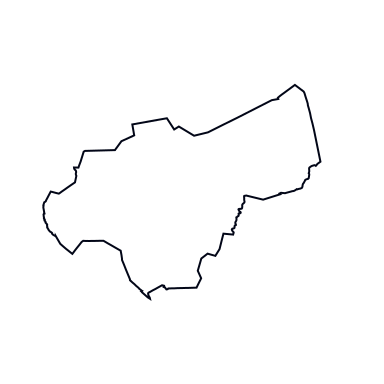 outline of Siltepec, Chiapas, Mexico, rotated 153°
{"feature_id": "50627088B9123326628132", "entity_name": "Siltepec", "entity_type": "district", "adm_level": 2, "iso_a3": "MEX", "parent_name": "Mexico", "parent_adm1": "Chiapas", "projection": "mercator", "projection_center": [-92.403, 15.558], "detail": "fine", "context": "isolated", "style": "outline", "palette": "ink", "viewbox_px": 384, "rotation_deg": 153, "n_neighbors": 0, "source": "geoboundaries", "source_scale": "gbopen_adm2", "svg_char_len": 4957}
<svg xmlns="http://www.w3.org/2000/svg" viewBox="0 0 384 384"><g transform="rotate(153 192 192)"><path d="M214.5,279.3L217.8,268.7L231.8,269.3L241.3,264.5L241.6,264.3L268.7,277.2L270.2,277.1L277.4,269.7L280.7,266.7L282.1,265.3L286.0,267.4L286.3,266.6L286.4,265.7L286.2,264.9L285.9,264.3L285.8,263.8L285.9,263.2L286.1,262.5L286.4,262.0L287.0,261.4L287.3,260.8L287.6,260.1L287.7,258.9L291.9,253.7L295.1,253.3L296.7,253.1L299.5,252.7L301.0,252.5L303.6,252.1L305.0,251.9L308.0,251.5L309.7,251.2L311.4,251.0L313.5,252.8L316.6,255.6L317.7,256.5L321.4,253.9L323.5,252.4L326.1,250.6L326.5,250.1L327.6,249.9L328.3,249.9L329.4,248.8L329.8,248.3L330.2,248.0L330.5,247.5L330.5,247.2L330.8,247.1L331.0,246.4L331.5,245.7L333.0,240.7L333.4,240.4L333.5,240.1L333.4,239.7L334.0,239.7L334.4,239.5L335.1,237.8L335.2,237.5L335.4,236.7L335.6,236.4L335.6,236.1L335.7,235.5L336.0,235.4L336.0,235.1L336.0,234.7L335.8,234.1L336.4,233.5L336.2,233.1L336.1,232.7L336.0,232.0L336.4,231.4L336.4,231.0L336.2,230.7L336.2,230.3L336.1,230.0L335.9,229.6L336.0,229.0L335.9,228.6L336.3,228.1L336.5,227.7L336.5,227.3L336.6,227.2L337.1,226.3L337.1,226.2L336.9,226.1L337.0,225.7L337.1,225.4L337.1,225.2L337.0,224.6L336.9,224.1L337.0,223.5L336.7,222.1L336.6,221.4L336.1,220.7L336.0,220.4L335.8,220.1L335.6,219.9L335.3,219.0L335.6,218.6L335.6,218.3L335.2,217.0L334.1,215.3L333.8,215.2L333.5,214.3L333.4,214.5L332.9,205.6L331.6,202.3L330.0,198.4L329.2,196.7L328.3,194.7L326.7,191.2L324.4,192.3L322.6,193.2L319.8,194.5L318.0,195.3L316.0,196.2L313.0,197.6L311.1,197.9L309.6,197.0L308.9,196.6L307.5,195.9L306.0,195.1L302.3,193.3L299.5,191.9L297.2,190.8L295.4,189.9L293.0,188.7L292.1,187.3L290.2,184.3L288.4,181.6L287.1,179.6L285.1,176.5L283.0,173.3L282.2,172.1L283.5,167.7L284.7,164.2L285.2,163.3L285.6,158.0L286.1,152.9L286.5,147.8L286.9,142.5L287.3,141.6L287.0,140.6L286.9,140.6L286.2,138.5L285.2,136.2L284.3,133.5L284.1,133.1L283.1,130.7L282.9,129.6L282.2,128.3L281.7,127.1L281.4,126.6L282.3,126.5L282.0,125.8L282.1,125.4L281.8,124.7L279.3,118.3L277.9,115.9L277.8,116.3L277.7,116.7L277.6,117.1L277.6,117.6L277.7,117.9L277.7,118.4L277.7,118.8L277.7,119.8L277.5,120.3L277.4,121.0L277.1,121.7L276.7,121.9L276.3,122.0L275.9,122.0L275.6,122.1L275.3,122.1L275.1,122.0L271.6,122.2L268.6,122.2L266.5,122.3L263.6,122.4L261.0,122.5L260.7,122.2L260.3,121.9L260.1,121.7L259.7,121.4L259.4,121.1L259.6,120.6L259.8,120.4L260.2,120.4L260.4,120.3L260.3,120.1L260.0,119.9L259.8,119.9L259.5,119.5L259.5,119.2L259.3,118.8L259.3,118.0L259.1,117.4L259.0,116.8L258.6,116.6L258.3,116.6L257.7,116.5L257.3,116.7L256.9,116.8L256.7,116.7L253.9,115.4L251.5,114.2L249.4,113.3L247.9,112.6L244.2,110.8L242.5,110.0L240.4,109.0L238.6,108.1L235.6,106.7L232.4,105.2L231.4,104.7L229.3,106.3L226.1,108.7L224.7,109.7L223.0,111.0L222.6,119.2L213.9,128.5L206.1,130.0L204.5,128.5L200.2,124.5L193.4,128.6L186.8,136.2L182.9,140.6L174.7,135.4L174.3,135.9L173.9,136.2L173.7,136.5L173.3,136.9L173.2,137.3L173.6,138.4L173.7,139.6L173.6,140.4L173.2,140.8L172.6,141.0L171.9,140.7L171.2,140.6L170.4,140.8L170.1,141.3L169.8,141.9L169.5,142.3L169.1,142.7L168.5,142.6L167.8,142.7L167.6,143.5L167.6,144.3L167.4,144.9L166.8,145.6L166.1,146.0L165.4,146.5L164.8,147.4L164.4,148.2L164.2,149.0L163.9,149.3L163.5,149.2L163.0,149.3L162.4,149.6L161.6,149.5L161.2,149.8L160.7,150.5L160.5,151.1L160.3,151.6L159.7,151.7L158.9,151.2L158.2,151.3L157.9,151.7L157.9,152.3L158.3,152.8L158.5,153.2L158.6,154.4L158.5,155.4L158.2,155.6L157.5,155.5L156.9,155.1L156.2,154.9L155.3,154.6L154.6,155.0L154.1,155.8L153.6,156.6L153.3,157.4L152.9,157.9L152.0,158.4L151.2,158.5L150.1,158.9L149.6,159.5L149.4,160.3L149.1,161.2L148.9,161.7L148.5,162.3L148.2,163.2L147.8,163.8L147.7,164.2L147.5,164.6L147.2,164.8L145.2,164.2L144.9,163.9L132.1,152.9L115.4,150.1L115.5,150.2L115.5,150.4L115.5,150.6L115.0,150.9L114.8,151.0L114.4,150.9L114.2,150.8L113.9,150.7L113.7,150.7L113.4,150.9L113.1,150.9L112.9,150.8L112.5,150.5L112.0,150.2L111.1,149.6L110.7,149.4L109.7,148.7L108.5,148.5L102.8,147.3L102.6,147.3L102.2,147.2L101.5,146.9L100.7,146.7L100.3,146.7L99.5,146.7L98.6,146.8L97.7,146.9L97.4,147.0L96.9,146.5L96.5,146.5L94.7,146.1L94.2,145.9L93.4,145.8L92.7,145.8L92.2,145.8L91.7,146.1L91.4,146.5L90.8,147.1L90.5,147.7L90.0,148.3L89.2,149.0L88.4,149.3L87.4,150.0L86.5,150.6L85.9,151.2L85.1,151.4L84.1,151.3L83.2,151.2L82.8,151.0L82.1,151.2L81.8,151.3L81.3,152.0L80.9,152.4L80.5,153.1L79.7,154.1L79.4,154.9L79.5,155.7L78.9,156.3L78.2,157.1L77.8,157.9L77.4,158.9L76.8,160.1L76.1,160.5L74.9,160.7L74.2,160.8L73.2,160.8L71.1,160.4L70.7,160.3L70.1,159.7L69.8,159.1L68.5,159.6L67.5,160.1L63.8,160.7L55.2,191.7L54.9,192.9L53.5,198.6L52.4,203.8L51.0,208.7L49.9,213.9L49.4,216.6L48.8,218.1L48.4,220.1L47.6,225.2L46.9,229.0L46.9,230.8L51.7,240.7L65.5,238.4L67.5,238.1L70.2,237.6L72.7,237.0L72.9,235.7L79.2,237.6L96.0,237.6L118.7,237.6L134.3,237.8L135.6,237.8L150.7,237.9L164.6,241.2L174.0,256.3L179.5,255.8L180.9,269.1L189.4,271.7L214.5,279.3Z" fill="none" stroke="#020617" stroke-width="2"/></g></svg>